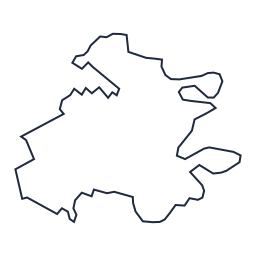 outline of Novo Tiradentes, Rio Grande do Sul, Brazil
{"feature_id": "56859067B80208552763127", "entity_name": "Novo Tiradentes", "entity_type": "district", "adm_level": 2, "iso_a3": "BRA", "parent_name": "Brazil", "parent_adm1": "Rio Grande do Sul", "projection": "robinson", "projection_center": [-53.157, -27.557], "detail": "fine", "context": "isolated", "style": "outline", "palette": "slate", "viewbox_px": 256, "rotation_deg": 0, "n_neighbors": 0, "source": "geoboundaries", "source_scale": "gbopen_adm2", "svg_char_len": 1250}
<svg xmlns="http://www.w3.org/2000/svg" viewBox="0 0 256 256"><path d="M204.1,190.8L202.2,185.3L190.1,172.0L199.3,165.0L213.2,173.5L220.9,172.7L226.4,170.8L239.5,162.2L240.6,155.4L233.5,151.9L209.3,147.4L204.1,148.6L185.1,159.1L176.9,155.7L178.3,147.7L191.9,130.7L194.6,119.4L206.7,113.2L215.6,108.0L210.3,103.1L190.7,100.9L182.8,99.6L178.8,92.0L182.3,87.6L194.7,85.8L207.8,97.5L213.7,97.6L218.0,92.9L222.4,81.3L219.6,74.2L213.5,72.6L207.8,73.1L201.6,75.9L179.3,79.4L170.9,79.1L165.4,75.0L161.5,66.6L162.0,59.6L155.2,58.7L146.0,57.8L128.4,51.9L126.6,35.0L120.5,34.0L112.8,33.8L106.6,37.2L100.2,36.5L90.7,45.4L87.6,51.3L83.7,55.0L76.1,56.3L72.4,62.8L81.9,68.8L88.2,62.4L92.6,66.8L119.2,88.8L116.7,95.3L112.3,92.3L108.1,97.8L99.2,87.3L91.8,93.3L85.8,88.0L81.8,94.7L74.2,88.8L70.2,95.1L62.1,100.3L59.8,109.2L63.7,113.9L21.1,136.6L26.1,140.1L34.0,159.1L15.4,169.3L22.2,198.8L27.1,197.5L57.1,214.0L61.9,208.3L67.9,211.7L69.7,218.9L74.0,221.9L76.4,214.8L73.4,208.3L75.1,200.3L81.8,192.7L91.6,196.3L93.9,189.6L107.0,193.2L114.2,191.8L132.8,197.0L133.1,203.0L135.5,211.4L142.8,221.3L152.8,222.2L159.8,221.9L164.7,219.5L169.7,213.2L175.6,205.0L184.6,205.6L189.5,198.2L197.9,199.8L202.4,197.6L204.1,190.8Z" fill="none" stroke="#1e293b" stroke-width="2"/></svg>